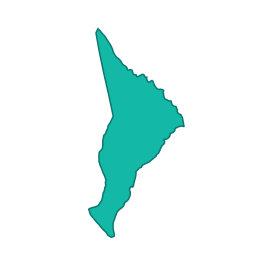 outline of Alajuelita, San José, Costa Rica, rotated 348°
{"feature_id": "36466004B46063821008241", "entity_name": "Alajuelita", "entity_type": "district", "adm_level": 2, "iso_a3": "CRI", "parent_name": "Costa Rica", "parent_adm1": "San José", "projection": "equal_earth", "projection_center": [-84.116, 9.889], "detail": "fine", "context": "isolated", "style": "filled", "palette": "teal", "viewbox_px": 256, "rotation_deg": 348, "n_neighbors": 0, "source": "geoboundaries", "source_scale": "gbopen_adm2", "svg_char_len": 5575}
<svg xmlns="http://www.w3.org/2000/svg" viewBox="0 0 256 256"><g transform="rotate(348 128 128)"><path d="M116.8,27.7L116.4,28.9L115.8,47.1L115.7,68.6L116.0,90.5L116.0,113.5L111.6,119.2L109.0,121.6L108.6,123.0L107.7,124.6L107.5,124.8L107.3,125.3L106.5,126.0L105.2,128.2L104.8,128.9L104.5,129.1L103.6,129.6L102.6,130.5L101.3,134.1L101.0,134.6L101.0,134.8L100.8,135.2L100.7,135.3L100.5,136.0L100.3,136.6L100.1,138.2L100.0,138.4L99.8,139.4L99.7,139.6L99.6,140.0L99.3,140.8L98.9,142.2L98.8,142.5L97.5,143.8L97.4,143.8L96.5,144.6L96.0,144.8L95.2,145.5L94.8,145.7L94.6,146.3L94.2,147.9L93.6,149.9L93.4,151.3L92.6,155.0L92.8,155.9L93.0,159.0L93.2,159.4L93.2,159.7L93.4,160.3L93.5,160.9L93.7,161.9L93.9,163.2L94.0,164.0L94.1,165.7L94.2,165.9L94.2,166.1L94.4,166.6L94.5,167.5L94.8,168.3L94.8,168.7L95.2,170.1L95.3,171.2L95.3,171.8L95.5,173.0L95.5,173.7L95.6,174.7L95.4,175.2L94.9,175.9L94.4,177.0L94.4,178.8L94.3,179.1L94.1,179.7L93.8,180.4L93.5,180.9L93.4,180.9L93.0,181.4L92.6,182.2L92.3,183.3L91.9,184.1L91.8,184.3L91.1,185.4L90.8,185.7L90.7,185.9L90.4,186.2L90.3,186.5L90.2,186.6L87.5,193.0L87.4,193.0L87.0,193.4L86.6,193.9L86.0,194.6L84.6,195.7L83.8,196.9L83.5,197.0L82.9,197.6L82.1,197.9L80.5,198.1L80.1,198.3L79.6,198.3L79.3,198.4L76.5,198.4L75.6,198.6L74.3,198.7L74.1,198.8L73.5,198.8L73.3,199.0L73.0,199.1L72.7,199.4L72.6,199.7L72.9,200.7L73.0,203.3L73.3,204.5L73.4,204.9L73.5,205.3L73.6,205.7L74.5,207.6L75.3,208.6L75.8,209.7L75.9,209.9L76.0,210.0L76.1,210.4L76.4,211.1L76.6,211.2L76.6,211.4L77.3,212.5L77.5,213.1L77.6,213.4L78.3,214.4L78.4,214.8L78.8,215.2L78.9,215.5L79.6,216.6L79.8,217.1L80.1,217.5L80.6,218.6L80.9,219.3L81.3,219.8L81.3,220.0L82.5,222.1L82.5,222.3L82.8,222.5L83.3,223.3L83.5,223.4L83.8,223.8L84.0,224.3L84.3,224.6L84.9,225.6L85.1,225.8L85.2,226.2L85.3,226.4L85.4,226.8L85.6,227.1L85.6,227.7L85.7,228.1L85.9,228.3L85.9,228.5L86.1,228.8L88.9,231.4L89.6,231.4L90.8,231.2L91.6,231.1L92.1,230.9L92.1,230.6L92.2,230.4L92.5,229.0L92.4,225.7L92.5,225.3L92.5,223.8L92.6,222.7L93.4,219.0L94.0,217.2L96.6,213.2L96.7,212.8L97.3,211.7L97.9,211.0L98.1,210.6L98.4,210.3L99.3,208.7L99.8,208.2L100.0,207.9L100.4,207.5L101.1,207.0L101.6,206.6L102.2,206.3L102.5,206.2L102.8,205.9L103.5,205.5L104.0,205.4L106.4,204.1L107.5,203.2L107.9,202.7L107.9,202.4L108.2,201.9L108.4,201.8L108.5,201.4L108.8,200.9L109.1,200.7L109.9,200.0L110.0,200.0L110.3,199.8L110.5,199.8L110.6,199.6L112.3,198.9L112.8,198.4L113.1,198.3L113.6,197.9L114.2,197.2L114.9,196.1L114.9,195.9L115.0,195.8L115.7,194.8L115.8,194.8L115.8,194.6L116.4,193.5L116.7,192.4L116.7,192.1L116.8,192.0L116.8,190.5L116.7,190.3L116.7,188.6L116.8,188.0L117.2,187.5L119.0,186.0L119.3,185.9L119.6,186.3L120.0,186.6L120.3,186.7L121.0,186.1L121.4,185.5L121.5,185.4L121.5,184.9L125.8,176.1L126.9,172.1L130.7,169.6L133.1,169.2L134.1,167.4L141.9,165.5L149.8,161.2L149.8,160.9L150.1,160.4L150.5,160.0L151.2,159.6L151.7,159.4L152.1,159.1L152.5,159.0L152.6,158.8L153.0,158.5L153.3,158.0L153.5,157.7L153.8,157.5L154.1,157.2L154.3,156.7L154.8,156.2L154.9,155.6L155.2,155.2L155.5,155.0L155.6,154.8L155.9,154.6L156.0,154.3L156.4,153.8L156.6,153.4L156.9,153.3L157.1,152.9L157.4,152.7L157.5,152.5L158.0,152.1L158.5,151.8L158.9,151.5L159.5,151.3L160.1,150.7L160.5,150.3L160.6,150.2L160.6,149.8L161.0,148.8L161.0,147.9L160.8,147.4L160.5,147.0L160.5,146.8L163.6,146.8L163.9,146.7L164.9,146.5L165.0,146.4L165.0,146.2L165.3,146.1L166.0,145.6L166.2,145.4L166.6,145.4L166.9,145.0L167.0,144.6L167.3,144.3L167.6,143.8L167.8,143.0L168.4,142.3L168.4,142.1L170.9,141.8L171.1,141.6L171.5,141.5L171.7,141.3L172.8,140.7L173.2,140.3L173.3,140.0L173.4,139.4L173.6,139.0L173.8,138.8L174.1,138.7L174.6,138.1L175.2,137.8L175.7,137.8L176.7,137.5L177.0,137.5L177.4,137.3L178.1,137.3L178.4,137.2L181.0,137.2L181.5,137.3L181.7,137.6L182.1,137.7L182.4,137.9L182.7,137.9L182.8,138.1L183.1,138.1L183.4,129.2L182.4,125.9L180.7,125.0L180.7,124.6L180.1,123.7L179.7,123.2L179.6,121.9L180.0,120.9L180.1,120.5L179.6,119.2L179.6,117.4L179.3,117.0L178.9,116.7L177.8,116.4L177.1,115.9L176.6,115.2L176.0,114.3L175.8,113.3L175.8,111.2L175.7,110.6L175.1,110.3L173.9,110.0L173.6,109.8L173.0,109.5L172.6,109.3L172.0,108.6L171.5,108.1L171.3,107.9L170.6,107.7L170.3,107.5L170.0,106.8L169.9,106.2L169.7,105.5L169.7,103.5L169.8,102.4L169.8,101.0L169.6,100.4L170.6,99.2L170.5,98.4L170.3,98.1L169.9,97.7L167.9,96.9L167.1,96.7L166.7,96.7L165.9,96.5L164.7,95.8L164.4,95.3L164.2,94.9L163.8,94.3L163.1,92.4L162.4,90.1L162.2,87.7L161.7,86.8L161.4,86.5L160.5,86.6L159.5,87.3L159.1,87.4L157.5,87.4L157.4,87.3L157.2,87.1L157.1,86.7L156.9,86.3L156.6,85.4L156.5,83.6L157.0,82.2L155.5,82.0L155.1,81.3L155.1,81.0L155.0,80.8L155.0,80.2L154.9,79.8L154.4,79.1L154.0,78.8L153.6,78.6L152.6,78.6L151.2,79.0L150.6,79.0L149.1,79.8L147.6,79.8L147.5,79.7L147.3,79.3L147.3,78.9L147.2,78.7L147.1,78.0L146.9,77.5L146.6,77.4L146.3,77.4L146.0,77.3L145.1,77.1L144.4,76.7L144.3,76.4L144.2,75.9L144.2,73.5L143.9,72.5L143.7,72.1L143.4,71.8L143.1,71.6L142.2,71.5L139.9,71.4L139.5,70.5L139.5,69.0L139.4,68.9L139.4,68.6L139.0,67.8L138.8,67.6L138.6,67.1L137.7,66.4L136.2,64.9L135.7,63.9L135.6,63.2L135.4,62.9L135.3,62.6L135.0,61.7L134.9,61.5L134.5,60.3L134.1,59.6L133.5,58.8L133.3,58.4L133.1,58.1L131.6,56.4L131.5,56.2L131.4,56.2L130.9,55.2L130.4,54.0L129.4,50.9L129.3,49.7L129.3,48.8L129.2,48.6L129.2,47.7L128.9,46.2L128.5,44.7L128.3,43.5L125.7,36.9L125.0,34.7L124.1,32.7L123.3,31.7L122.9,30.9L122.4,30.2L122.2,29.7L122.0,29.2L121.6,28.7L121.3,27.9L120.8,26.8L119.5,25.2L119.2,24.6L119.0,24.8L118.7,25.3L118.4,25.8L118.2,26.0L117.4,27.0L117.1,27.4L116.8,27.7Z" fill="#14b8a6" stroke="#0f766e" stroke-width="1.5"/></g></svg>